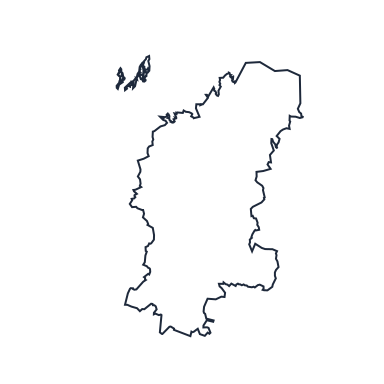 Athenry-Oranmore Lea-7, Galway, Ireland, rotated 107°
{"feature_id": "5873133B98830441057243", "entity_name": "Athenry-Oranmore Lea-7", "entity_type": "district", "adm_level": 2, "iso_a3": "IRL", "parent_name": "Ireland", "parent_adm1": "Galway", "projection": "albers", "projection_center": [-8.887, 53.319], "detail": "fine", "context": "isolated", "style": "outline", "palette": "slate", "viewbox_px": 384, "rotation_deg": 107, "n_neighbors": 0, "source": "geoboundaries", "source_scale": "gbopen_adm2", "svg_char_len": 5987}
<svg xmlns="http://www.w3.org/2000/svg" viewBox="0 0 384 384"><g transform="rotate(107 192 192)"><path d="M49.2,122.9L47.5,136.3L52.1,148.1L47.9,165.0L52.8,178.3L74.6,182.5L75.2,182.9L73.9,183.6L74.7,184.5L74.5,185.5L73.4,186.4L72.6,185.7L71.2,186.0L72.0,186.4L71.5,187.0L70.7,186.2L69.8,186.6L71.2,187.7L70.6,189.0L69.3,188.0L69.8,188.6L69.4,189.3L68.9,189.1L69.1,189.7L67.2,190.9L67.1,191.6L67.7,191.4L68.8,193.1L70.9,194.5L73.6,195.6L74.8,198.9L76.8,197.9L78.7,198.0L80.3,196.6L81.7,197.0L82.8,195.3L87.4,196.3L90.8,194.9L92.5,195.2L92.4,196.4L91.2,198.0L90.2,197.8L88.8,199.1L88.8,200.0L88.0,200.9L86.9,200.8L85.6,201.9L95.5,204.3L94.7,206.2L95.0,207.1L97.3,204.3L104.9,207.2L105.3,208.8L105.8,208.5L106.6,209.5L105.7,209.8L106.8,213.5L110.8,212.7L117.9,206.8L120.9,211.9L120.4,212.2L119.9,214.9L117.4,214.5L116.9,215.4L116.5,218.1L117.1,221.4L116.5,223.8L119.1,223.9L120.2,229.2L120.9,229.4L120.8,230.1L121.9,229.7L122.0,231.7L125.2,228.9L125.7,228.8L125.8,229.8L126.4,229.0L127.8,230.9L129.6,229.2L130.6,229.8L130.3,230.1L130.7,231.1L131.4,231.3L131.1,233.1L130.3,233.0L129.7,234.6L128.3,235.2L128.3,236.4L127.4,235.5L126.0,235.8L124.1,238.1L125.4,238.8L126.0,238.2L125.6,237.5L127.1,238.0L128.1,239.7L129.4,240.6L128.6,241.2L129.3,244.7L131.5,240.6L131.6,238.1L133.2,236.1L136.0,237.5L138.5,241.3L144.8,245.8L145.7,247.1L150.9,245.8L153.1,244.4L155.3,244.7L158.6,243.3L161.0,246.3L163.2,247.1L167.8,245.9L170.4,243.9L174.3,247.9L177.8,253.0L185.4,247.9L187.8,247.3L193.0,248.3L195.1,245.4L199.1,243.6L201.4,243.7L202.1,242.0L206.4,246.8L207.2,248.6L208.3,247.7L209.9,244.2L211.7,246.0L212.6,245.9L213.5,244.7L215.1,245.5L216.2,247.7L217.4,246.8L221.6,248.0L224.0,244.9L222.5,241.1L223.5,239.4L223.8,234.5L223.5,233.5L226.8,231.5L230.6,231.5L232.9,226.6L235.5,224.5L236.5,224.9L237.8,219.0L244.3,215.7L248.7,214.5L253.0,216.0L253.7,216.8L253.7,217.9L256.5,218.3L258.3,220.3L261.9,219.0L262.3,217.8L266.3,218.0L273.0,216.6L275.8,217.4L276.2,213.4L277.2,212.0L277.4,210.4L278.0,209.6L280.6,208.6L283.4,208.8L283.1,210.0L287.4,213.0L287.9,211.7L289.5,211.3L289.7,210.5L292.0,212.4L301.4,216.7L302.3,218.6L302.0,220.1L301.4,220.3L301.9,222.5L302.7,223.0L307.7,223.7L319.4,223.1L318.8,220.8L319.3,216.4L319.2,210.6L321.2,207.0L318.5,205.4L318.0,203.3L310.8,198.4L310.6,197.0L311.7,196.3L311.3,194.8L312.0,193.2L314.6,191.5L318.6,193.1L320.1,192.7L319.0,191.5L319.4,187.7L318.3,186.0L318.6,185.2L335.6,181.7L336.5,179.4L336.4,178.8L327.5,174.2L326.9,173.0L327.9,169.2L329.1,169.0L330.3,151.4L325.8,151.7L326.1,150.9L325.2,149.5L321.1,146.5L325.6,142.9L325.8,137.7L321.9,135.9L322.5,133.9L321.2,133.2L317.1,136.5L317.0,138.1L318.2,141.5L316.3,142.0L310.3,140.3L309.9,133.8L308.5,133.8L308.9,141.3L304.7,143.8L304.1,145.2L302.8,146.0L298.2,146.9L289.5,145.9L287.7,137.9L283.5,133.3L282.9,130.2L278.7,130.9L275.3,135.5L274.2,138.0L271.9,139.4L270.7,135.2L269.2,135.4L270.3,132.8L270.2,131.0L271.1,129.0L268.1,127.6L269.1,122.8L267.6,122.6L266.2,121.3L266.6,120.0L266.2,119.1L266.6,117.1L265.3,115.6L265.8,114.2L265.4,112.3L266.2,110.8L265.6,106.9L264.6,105.4L264.9,104.0L261.8,101.8L260.8,100.1L261.4,96.0L263.4,95.3L264.9,95.8L264.9,94.5L264.0,91.1L259.2,87.5L256.8,87.7L250.1,86.6L247.9,88.2L244.7,89.2L242.0,88.9L238.5,87.3L233.4,90.0L231.3,92.2L227.7,92.7L226.2,93.8L223.7,93.4L223.2,98.3L225.2,105.4L225.1,108.9L223.0,116.4L231.2,117.2L225.3,122.0L223.2,121.8L220.6,122.8L218.4,121.4L218.1,122.0L214.9,121.9L210.7,120.9L209.8,120.4L210.1,119.7L208.5,116.7L206.1,117.9L204.3,120.0L202.2,120.3L198.6,123.0L199.0,125.2L197.0,127.0L197.7,128.1L191.0,130.8L188.4,129.5L181.7,122.5L177.9,120.7L176.6,121.5L175.9,120.9L169.4,124.7L167.4,124.8L165.5,126.7L163.7,132.4L162.2,134.7L158.3,134.7L153.9,136.2L151.1,130.0L146.9,123.6L143.6,127.8L141.0,127.4L140.6,125.1L133.8,128.3L128.4,125.9L122.1,130.5L118.1,131.5L118.0,130.7L120.2,129.1L122.2,126.2L124.6,124.9L125.3,123.1L124.2,124.2L121.9,124.6L119.3,123.7L115.6,123.8L113.7,127.4L107.9,125.1L105.6,123.2L103.4,120.3L103.1,117.1L100.2,118.6L95.9,118.7L95.2,119.6L90.6,120.8L90.9,119.4L89.7,114.9L89.7,110.5L88.2,108.1L87.7,108.1L87.5,109.5L85.1,110.6L84.2,112.8L81.5,115.1L75.5,114.3L49.2,122.9ZM84.0,269.4L79.5,272.1L77.4,271.6L74.5,272.8L76.5,275.0L78.3,274.9L85.3,278.1L87.7,278.6L90.4,278.1L89.7,277.2L87.8,278.3L86.9,277.2L85.7,277.2L86.1,276.8L85.4,276.3L83.5,276.9L83.6,276.1L83.2,276.8L82.5,275.9L81.9,276.2L81.2,275.8L85.3,276.0L86.3,274.1L87.2,274.2L87.3,273.8L88.0,273.5L88.2,272.9L88.8,272.6L88.0,270.5L87.0,270.3L87.8,269.7L86.5,269.1L88.4,268.5L91.5,269.6L88.5,268.3L84.0,269.4ZM107.5,292.1L102.4,291.3L102.7,290.1L103.4,289.8L105.2,290.7L104.3,289.7L102.9,289.6L102.4,290.1L102.1,291.3L98.6,293.2L97.7,294.8L95.3,295.5L94.5,296.6L97.1,297.4L98.2,296.7L101.5,297.4L102.5,295.6L102.4,294.8L101.5,297.1L98.2,295.9L98.1,296.5L97.5,296.9L96.2,296.8L97.9,296.5L97.2,295.2L98.0,294.8L98.5,293.8L101.8,293.3L102.5,294.1L103.6,294.2L106.1,293.6L107.4,293.8L108.5,293.5L112.5,295.1L114.4,294.4L115.1,293.1L110.7,293.1L107.2,290.3L105.5,291.2L106.9,291.1L109.9,292.5L110.3,293.5L108.5,293.3L107.3,293.7L107.0,293.3L107.5,292.1ZM107.5,277.4L100.9,277.9L99.8,278.6L100.2,277.6L99.0,278.3L96.3,277.2L95.2,277.6L94.0,276.8L93.1,277.1L92.8,276.3L92.3,277.1L91.0,277.4L95.0,278.6L97.7,278.4L102.6,280.3L110.0,278.7L107.5,277.4ZM90.0,273.9L93.7,273.1L93.0,272.8L95.7,272.2L96.0,271.9L95.3,272.1L95.5,271.6L96.4,271.3L95.4,270.8L95.7,270.9L96.3,270.5L94.8,270.2L95.1,270.1L94.6,269.5L90.7,270.3L90.9,270.8L90.4,271.5L92.1,271.1L90.5,271.7L90.6,272.3L88.6,272.7L88.2,273.5L86.0,275.1L86.9,275.5L90.0,273.9ZM111.9,286.7L114.2,285.8L112.2,284.4L111.7,285.0L109.9,284.9L109.2,284.1L109.4,282.1L108.2,282.5L107.5,281.2L104.4,282.1L104.6,281.0L103.3,280.8L104.2,282.2L111.9,286.7ZM94.8,273.2L94.8,275.8L96.5,275.8L99.0,274.0L99.1,273.1L96.4,272.5L94.8,273.2ZM99.8,271.6L100.5,271.2L100.3,269.8L99.0,269.0L97.6,269.6L99.2,269.5L97.9,270.1L98.8,270.4L96.9,271.1L99.4,271.2L99.5,270.5L99.8,271.6Z" fill="none" stroke="#1e293b" stroke-width="2"/></g></svg>